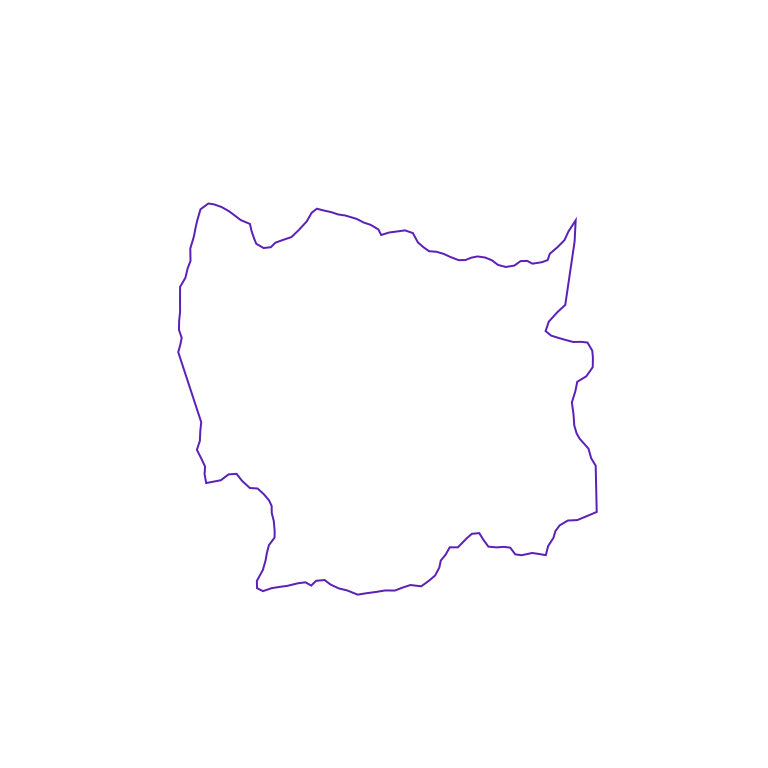 Analândia, São Paulo, Brazil, rotated 212°
{"feature_id": "56859067B54615331892008", "entity_name": "Analândia", "entity_type": "district", "adm_level": 2, "iso_a3": "BRA", "parent_name": "Brazil", "parent_adm1": "São Paulo", "projection": "albers", "projection_center": [-47.68, -22.126], "detail": "fine", "context": "isolated", "style": "outline", "palette": "violet", "viewbox_px": 768, "rotation_deg": 212, "n_neighbors": 0, "source": "geoboundaries", "source_scale": "gbopen_adm2", "svg_char_len": 2254}
<svg xmlns="http://www.w3.org/2000/svg" viewBox="0 0 768 768"><g transform="rotate(212 384 384)"><path d="M482.3,205.8L471.4,215.9L467.9,225.0L461.4,229.7L453.2,226.7L442.7,224.7L435.8,228.4L427.3,226.8L419.7,224.3L414.6,221.0L410.9,215.2L404.7,209.2L398.7,201.2L395.4,195.7L396.2,186.4L393.8,178.7L390.9,171.5L388.2,162.2L387.5,149.7L383.5,143.6L376.9,144.2L371.0,151.4L364.8,156.8L359.1,161.5L351.3,169.5L345.5,174.2L338.9,174.5L337.3,181.1L330.5,186.3L323.0,185.6L314.0,186.7L305.9,189.4L294.7,191.4L288.1,197.2L280.0,203.9L273.7,209.5L265.3,214.6L261.0,220.4L255.1,227.5L245.2,232.2L241.7,240.8L239.2,248.6L239.8,257.6L242.3,264.4L241.3,271.9L241.7,280.3L234.8,284.6L232.0,297.3L230.1,303.5L224.2,308.0L216.8,304.4L209.3,301.4L202.1,305.0L195.9,309.5L190.2,312.1L182.4,309.1L176.6,311.7L168.8,319.2L162.9,321.8L156.1,324.6L158.9,333.4L158.8,343.5L160.7,350.1L160.1,357.2L155.8,365.6L148.0,371.0L141.3,380.4L135.8,388.2L161.2,426.9L168.9,430.8L176.3,437.5L182.3,439.3L189.1,441.3L194.4,444.1L200.7,449.7L207.2,458.7L214.9,467.9L217.9,479.3L221.3,488.3L216.5,497.8L215.9,508.9L220.7,516.9L225.0,522.6L233.4,527.0L239.2,524.2L245.8,519.9L254.3,517.3L261.4,515.3L267.9,513.6L275.0,514.5L277.3,524.2L275.0,537.0L272.2,547.1L297.8,605.7L308.2,624.4L308.4,611.1L307.2,601.6L309.4,591.9L312.4,582.4L310.9,575.8L314.6,571.0L321.9,564.7L327.8,564.3L333.3,560.6L336.2,553.5L342.7,547.8L350.5,545.4L358.2,546.1L365.4,544.8L372.3,541.7L376.9,537.4L380.6,532.3L386.3,528.6L395.0,526.9L402.2,526.0L409.7,523.9L416.1,520.5L423.0,520.9L430.2,522.0L439.5,527.3L447.6,525.4L455.3,519.0L459.8,515.3L465.4,508.9L470.6,512.1L479.7,511.9L486.6,510.2L494.8,509.5L506.1,506.4L512.7,503.5L519.8,501.8L527.4,499.1L533.8,497.1L536.1,490.9L535.7,480.9L537.9,469.2L540.4,459.5L546.3,452.3L551.0,446.3L552.5,440.0L558.2,435.5L566.6,435.2L571.3,438.6L577.1,443.3L582.5,448.7L592.2,447.1L607.0,448.4L615.5,448.0L623.2,446.3L628.6,444.0L632.2,434.9L629.1,423.9L626.7,416.9L623.3,408.1L620.1,396.3L613.3,385.8L611.8,378.1L608.7,368.8L608.4,358.3L602.4,348.6L595.1,337.0L591.2,329.0L586.6,321.3L580.0,315.9L577.6,309.5L575.4,302.0L518.7,254.7L515.0,247.0L510.0,238.1L507.8,229.0L498.5,223.4L491.9,219.1L488.5,212.6L482.3,205.8Z" fill="none" stroke="#5b21b6" stroke-width="2"/></g></svg>